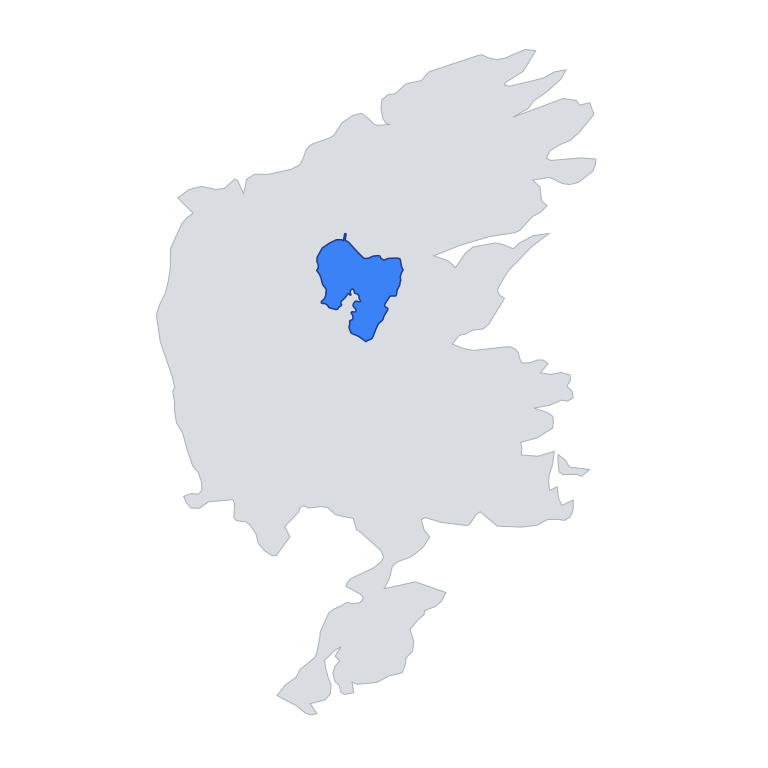 North Tipperary highlighted on a map of Ireland, rotated 177°
{"feature_id": "IRL-724", "entity_name": "North Tipperary", "entity_type": "County", "adm_level": 1, "iso_a3": "IRL", "parent_name": "Ireland", "parent_adm1": "", "projection": "albers", "projection_center": [-8.01, 52.847], "detail": "fine", "context": "in_parent", "style": "filled", "palette": "blue", "viewbox_px": 768, "rotation_deg": 177, "n_neighbors": 0, "source": "natural_earth", "source_scale": "10m", "svg_char_len": 6523}
<svg xmlns="http://www.w3.org/2000/svg" viewBox="0 0 768 768"><g transform="rotate(177 384 384)"><path d="M482.8,103.3L467.7,114.3L465.3,118.4L461.2,135.0L460.7,139.7L451.2,158.1L445.8,161.9L437.7,164.9L433.0,167.9L427.2,166.4L419.9,166.7L416.2,170.0L416.4,172.5L418.6,175.4L432.2,183.8L431.5,187.3L427.6,191.3L403.2,201.3L395.9,207.2L393.3,211.2L395.9,217.8L415.5,237.6L418.9,239.7L421.8,251.3L439.2,256.0L446.3,263.2L452.5,264.9L465.8,264.1L471.2,266.8L474.2,264.7L475.9,260.9L490.6,246.7L485.9,236.3L500.7,218.2L504.8,218.4L511.9,223.7L517.8,231.2L519.8,241.4L525.4,250.4L529.0,253.5L538.6,255.2L540.9,258.7L539.5,272.0L541.0,276.4L565.4,275.5L575.0,269.5L583.5,270.4L587.8,276.2L589.9,282.2L582.6,284.7L575.0,283.7L571.4,287.8L571.3,295.5L574.1,305.4L579.4,312.3L583.9,328.1L587.7,345.7L593.3,356.2L594.7,369.4L594.1,375.9L595.4,387.6L593.2,391.8L595.2,402.7L605.2,437.8L607.7,465.4L603.5,475.8L597.8,485.8L594.1,497.6L591.4,510.2L590.1,530.5L577.5,554.6L572.0,560.6L565.6,564.4L580.2,580.7L568.7,588.3L556.1,590.9L541.9,587.1L533.2,587.7L522.2,596.5L519.6,595.0L514.2,581.5L510.5,595.6L502.4,600.2L488.5,599.4L465.4,603.3L456.5,607.4L452.8,613.7L450.1,621.0L446.5,625.3L442.4,627.6L424.4,633.0L420.8,635.1L412.5,646.8L401.5,653.6L392.5,655.6L384.4,648.8L381.1,644.7L377.4,642.6L365.0,642.9L368.9,645.0L371.4,649.8L372.6,659.0L371.2,668.0L365.0,672.6L357.7,673.4L346.1,682.7L330.8,685.1L322.4,693.6L271.6,707.5L268.8,707.6L261.8,703.8L254.3,702.0L246.7,703.0L225.3,710.7L215.1,708.8L228.7,688.9L246.5,679.0L248.3,676.3L242.6,674.8L209.1,681.1L197.4,686.8L185.8,688.2L191.4,679.1L206.7,666.9L219.7,658.9L225.5,651.6L241.4,643.6L190.4,659.7L177.2,657.2L174.2,652.2L163.8,654.2L160.3,642.3L176.1,625.0L185.2,617.6L195.9,613.8L206.2,608.1L210.1,600.9L205.4,598.5L175.0,599.5L160.6,597.5L161.5,591.7L164.4,585.4L179.8,575.0L188.0,573.5L195.2,574.8L207.8,581.6L224.9,579.9L218.0,572.8L217.1,558.6L211.8,553.7L218.9,547.3L226.9,543.5L240.4,530.3L245.2,528.3L271.3,525.6L299.6,518.9L327.6,509.4L313.4,503.7L306.6,496.4L295.4,510.9L287.4,516.4L265.0,519.0L258.0,517.2L248.1,512.4L245.0,514.1L242.0,517.5L227.0,524.4L211.4,525.7L229.9,513.0L253.3,491.1L258.5,484.1L266.0,472.0L263.9,466.5L259.2,463.3L276.2,438.3L282.1,433.8L292.6,433.2L300.4,429.3L303.8,429.4L306.9,427.9L313.7,420.4L303.4,415.4L292.7,412.8L259.3,414.8L255.0,414.2L250.9,411.8L248.3,408.3L246.4,399.7L244.1,397.7L236.6,397.6L229.1,400.0L223.9,399.6L219.0,395.7L227.3,387.1L216.9,384.8L206.4,386.2L197.7,383.3L197.6,377.8L201.7,372.4L196.6,367.1L195.8,360.4L201.4,357.3L207.4,358.6L219.8,354.0L235.6,352.1L222.2,346.9L217.0,342.6L216.9,336.3L218.1,331.0L233.9,322.2L250.6,318.6L249.5,312.5L250.8,306.0L234.1,303.8L217.5,307.9L219.6,295.6L223.8,284.4L224.8,277.1L224.2,269.1L216.4,272.3L215.8,261.1L212.7,253.4L201.1,258.3L201.7,248.2L205.2,241.2L211.2,238.3L217.1,239.8L228.1,240.0L238.8,234.9L254.0,233.9L278.2,236.1L294.6,251.3L299.0,248.7L305.8,239.4L309.0,238.4L334.0,242.8L349.6,248.4L353.8,246.7L351.6,236.2L346.3,228.9L353.1,219.4L361.4,213.0L366.8,209.8L379.5,205.8L385.0,202.1L388.7,189.8L394.5,179.6L363.0,184.8L333.1,172.5L337.9,164.0L344.3,159.2L355.2,155.5L356.3,151.1L361.8,147.4L370.9,137.7L367.7,125.0L369.5,115.7L376.0,109.6L378.1,100.9L381.0,94.6L394.2,92.3L406.9,86.4L426.4,85.5L431.5,87.9L430.3,77.4L439.5,76.0L443.0,78.1L444.7,85.5L448.9,90.2L450.2,98.5L447.4,104.9L442.8,109.9L447.1,114.9L440.5,124.0L447.7,120.1L457.8,111.1L457.2,103.8L455.4,94.7L452.6,86.4L453.8,77.3L459.5,71.6L474.5,68.6L468.2,58.3L473.7,57.3L479.7,59.4L488.5,67.4L507.2,78.5L498.3,88.6L487.2,95.7L482.8,103.3ZM214.3,299.5L213.7,304.3L206.6,298.1L203.2,291.4L183.2,287.8L191.7,281.4L195.8,283.5L209.9,284.2L213.8,287.1L214.3,299.5Z" fill="#d9dde1" stroke="#a8b0b8" stroke-width="1"/><path d="M435.1,463.2L436.1,465.2L436.8,466.0L437.2,466.4L438.1,467.0L438.7,467.3L441.4,467.7L442.0,467.9L442.3,468.3L442.4,468.9L442.1,469.6L441.7,470.1L439.9,471.5L439.1,472.2L438.8,472.6L437.8,474.8L437.5,475.6L437.3,476.6L437.2,478.6L436.7,480.4L436.8,481.2L437.1,482.2L438.1,483.8L438.7,484.6L439.6,485.6L440.3,487.4L441.3,492.9L442.4,496.1L442.9,497.3L445.3,501.0L443.5,503.6L443.5,506.8L444.7,510.2L444.1,514.1L438.4,523.2L430.6,527.8L423.8,530.6L418.6,530.2L417.0,529.3L415.6,535.5L415.2,536.1L414.6,536.2L414.2,536.0L414.1,535.3L415.2,529.6L412.0,527.5L410.1,525.2L403.0,516.6L397.4,510.4L393.1,510.4L388.4,512.2L383.0,512.6L381.4,511.9L381.2,511.3L380.9,510.4L380.2,509.5L378.6,508.3L377.6,507.9L376.8,507.9L373.5,509.2L364.9,509.1L362.9,508.7L361.6,508.3L361.1,506.5L361.0,505.9L360.7,502.7L360.6,502.4L360.5,501.8L360.3,500.2L360.0,499.2L358.9,497.0L360.7,494.2L362.1,490.5L361.9,486.6L362.9,483.7L362.9,482.8L363.2,481.9L363.5,481.2L365.3,478.4L365.8,477.5L366.1,476.4L366.8,473.0L367.2,472.0L367.8,471.3L368.4,471.3L372.6,471.5L373.2,471.4L373.8,470.8L378.8,464.0L379.2,463.1L379.3,462.3L379.2,461.7L378.8,461.3L378.4,460.9L377.0,460.0L376.2,459.2L376.6,457.5L379.9,452.7L381.1,450.3L381.4,449.0L381.9,448.2L382.8,447.2L385.6,445.1L386.6,444.0L387.5,442.6L389.1,439.4L392.0,432.9L393.6,430.1L395.7,429.0L398.0,428.5L399.8,427.2L407.0,433.0L413.5,436.1L414.0,436.6L414.4,437.2L414.9,438.6L415.4,440.3L415.6,440.8L416.0,441.9L416.0,442.5L416.0,442.8L415.8,443.3L415.4,444.3L415.2,444.8L415.1,445.5L415.0,446.2L415.1,447.6L415.1,448.2L414.9,448.8L414.5,449.2L413.9,449.4L412.7,449.7L412.3,449.9L411.9,450.4L411.7,451.0L411.6,451.6L411.5,452.3L411.5,453.0L411.6,453.6L411.7,454.2L412.0,454.8L412.5,455.6L412.7,455.9L412.9,456.2L413.1,456.6L413.0,457.2L412.7,457.5L412.2,457.8L411.6,457.8L409.7,457.4L409.1,457.6L408.7,457.8L408.3,458.3L408.1,458.8L408.1,459.4L408.2,460.0L408.5,460.5L410.1,462.3L410.4,462.9L410.7,463.6L410.8,464.2L410.7,464.9L410.5,465.4L410.2,465.9L409.8,466.5L409.2,467.3L408.4,468.0L408.0,468.2L407.5,468.3L407.1,468.3L406.6,468.2L405.0,467.4L404.5,467.2L403.9,467.2L403.5,467.4L403.2,467.8L403.2,468.4L403.3,468.9L403.6,469.3L404.2,470.2L404.4,470.8L404.5,471.4L404.4,472.7L404.5,473.3L404.7,473.8L405.0,474.3L405.5,474.8L406.1,475.3L408.1,476.0L408.4,476.3L408.7,476.8L408.8,477.4L408.9,478.0L409.1,478.9L409.7,480.3L410.2,480.6L411.0,480.6L412.3,479.3L412.8,478.4L413.0,477.5L412.4,475.1L412.5,474.7L412.8,474.4L413.3,474.7L414.2,475.6L414.5,475.9L415.0,475.9L415.7,475.6L417.4,473.2L418.7,471.8L422.1,469.0L422.2,468.8L422.7,467.9L422.9,467.4L423.0,466.9L422.9,466.3L422.6,465.9L422.3,465.6L422.2,465.3L422.4,464.9L422.9,464.3L424.3,463.6L425.5,462.5L426.5,461.0L428.4,460.9L435.1,463.2Z" fill="#3b82f6" stroke="#1e3a8a" stroke-width="1.5"/></g></svg>